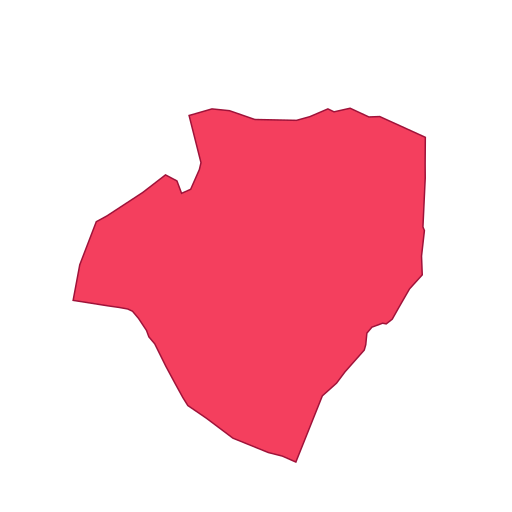 Tillia, Tahoua, Niger (Robinson projection), rotated 203°
{"feature_id": "23599985B40327375212482", "entity_name": "Tillia", "entity_type": "district", "adm_level": 2, "iso_a3": "NER", "parent_name": "Niger", "parent_adm1": "Tahoua", "projection": "robinson", "projection_center": [4.569, 15.899], "detail": "fine", "context": "isolated", "style": "filled", "palette": "rose", "viewbox_px": 512, "rotation_deg": 203, "n_neighbors": 0, "source": "geoboundaries", "source_scale": "gbopen_adm2", "svg_char_len": 871}
<svg xmlns="http://www.w3.org/2000/svg" viewBox="0 0 512 512"><g transform="rotate(203 256 256)"><path d="M146.5,431.4L196.6,432.7L206.4,428.1L227.1,428.8L240.5,419.2L247.3,419.5L260.9,405.3L271.7,396.7L310.4,381.2L337.2,379.4L354.0,374.2L372.5,359.2L343.1,320.4L341.9,313.5L342.2,291.9L349.0,284.6L358.1,294.2L371.0,295.3L385.1,270.2L409.0,234.5L416.4,225.2L414.8,179.1L407.0,143.7L372.7,152.3L361.8,155.2L353.4,157.1L348.1,156.9L339.8,152.7L327.7,144.7L323.0,139.7L314.9,135.6L295.8,119.2L279.7,106.3L268.0,97.1L260.3,91.7L238.3,87.3L206.1,79.3L167.9,79.9L153.6,82.1L138.8,81.9L140.3,153.2L132.2,170.4L128.8,184.2L119.6,211.7L120.3,217.2L123.8,228.3L121.5,235.8L113.2,243.6L109.6,244.4L105.9,251.1L104.4,264.6L101.8,285.8L95.6,303.6L103.6,320.6L110.9,345.2L113.7,348.0L130.7,393.9L136.4,407.1L146.5,431.4Z" fill="#f43f5e" stroke="#9f1239" stroke-width="1.5"/></g></svg>